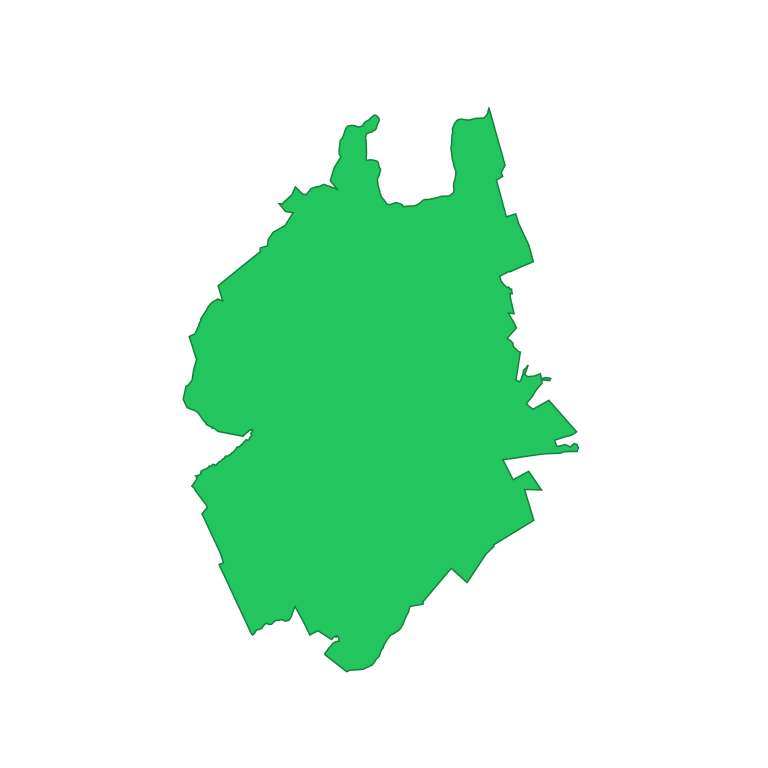 the district of Ixtlahuacán, Colima, Mexico, rotated 223°
{"feature_id": "50627088B68671951504705", "entity_name": "Ixtlahuacán", "entity_type": "district", "adm_level": 2, "iso_a3": "MEX", "parent_name": "Mexico", "parent_adm1": "Colima", "projection": "albers", "projection_center": [-103.676, 18.957], "detail": "fine", "context": "isolated", "style": "filled", "palette": "green", "viewbox_px": 768, "rotation_deg": 223, "n_neighbors": 0, "source": "geoboundaries", "source_scale": "gbopen_adm2", "svg_char_len": 6135}
<svg xmlns="http://www.w3.org/2000/svg" viewBox="0 0 768 768"><g transform="rotate(223 384 384)"><path d="M214.0,151.2L207.1,158.4L204.5,161.5L201.0,170.5L201.3,174.2L202.1,177.3L201.8,179.8L201.8,181.5L202.7,183.6L203.7,185.7L204.5,188.2L204.6,190.2L205.9,192.8L207.6,200.4L207.8,205.2L207.0,206.9L206.5,208.6L205.5,212.9L205.1,216.4L205.9,219.4L206.2,221.5L207.7,224.5L209.4,229.3L210.6,234.1L213.3,239.0L205.3,249.7L205.9,250.5L207.0,251.2L209.1,295.0L187.9,295.4L188.2,298.1L193.4,329.0L192.9,340.3L194.1,341.2L181.5,386.5L209.2,402.7L204.9,406.6L196.5,413.9L218.6,418.8L224.3,402.0L245.5,409.8L240.1,416.1L227.7,431.8L221.2,439.8L218.2,443.2L207.6,453.9L206.2,457.3L196.8,466.3L198.4,469.9L201.8,471.4L204.4,470.1L204.7,465.2L207.3,464.2L208.9,463.8L210.4,463.0L211.8,460.7L214.9,456.2L220.9,459.2L215.0,469.9L212.8,472.9L211.7,475.1L210.5,480.4L252.3,484.5L257.8,467.1L263.1,466.6L266.5,466.8L267.0,475.7L268.4,482.5L268.9,487.8L268.9,492.2L271.3,494.7L265.0,499.6L265.8,501.7L267.4,501.0L267.8,500.7L270.2,498.9L272.6,495.1L272.7,495.3L276.6,498.2L279.5,492.4L283.8,487.4L287.6,487.0L291.2,495.6L291.7,495.2L290.9,492.5L291.5,489.4L289.7,487.0L289.0,485.6L288.5,485.2L288.5,484.4L287.9,482.8L286.7,480.7L286.2,478.0L287.0,478.0L290.0,476.6L305.9,500.1L305.9,500.3L308.0,499.4L310.9,499.5L312.4,499.4L313.7,499.5L315.0,499.8L316.1,500.4L317.8,501.9L321.0,502.0L323.6,501.5L325.1,501.5L325.4,515.4L329.9,517.1L341.4,520.7L336.8,524.1L350.0,533.0L353.5,536.0L351.8,537.5L355.5,540.4L356.0,539.2L358.9,539.9L359.1,539.9L359.6,538.3L363.1,538.5L363.4,538.2L368.3,539.2L370.7,540.3L372.9,541.7L369.3,551.5L369.2,551.6L368.5,551.7L363.9,562.6L358.2,575.3L372.5,584.2L394.7,593.1L403.8,598.2L408.5,589.7L440.9,609.8L438.8,616.9L442.4,618.5L444.7,626.6L494.7,657.0L495.3,657.2L494.0,654.4L492.9,653.0L492.6,651.8L492.2,650.9L492.4,649.4L492.1,647.1L495.4,643.4L496.9,642.2L498.3,640.5L500.1,637.8L501.7,635.1L504.5,632.8L506.2,631.6L507.1,631.2L508.9,629.7L509.5,628.9L509.9,627.8L510.3,627.0L510.4,625.6L510.0,623.5L509.9,622.3L508.7,618.9L507.6,616.9L506.5,615.8L505.0,614.5L503.6,611.9L502.2,610.5L501.4,609.2L498.4,605.8L497.4,604.3L495.6,601.9L487.1,594.9L483.8,592.9L481.7,591.2L478.4,589.7L476.2,588.3L474.7,586.6L472.1,582.8L470.3,579.0L469.1,577.2L466.5,574.7L465.3,574.0L463.8,571.6L463.8,570.1L464.3,566.8L465.4,565.1L466.4,564.1L467.8,562.6L469.4,561.2L471.1,558.4L472.8,555.9L474.5,553.2L477.9,548.5L479.2,547.7L480.1,546.5L480.8,544.9L481.2,540.6L481.8,538.4L482.4,536.7L484.1,533.9L487.8,530.5L490.2,527.5L491.0,526.8L491.5,526.9L492.0,527.4L493.2,527.5L495.5,526.8L496.4,526.2L498.1,525.4L499.5,524.0L501.6,519.8L502.6,518.7L503.8,517.9L505.2,517.4L506.4,517.6L506.7,518.1L509.9,518.7L511.5,518.8L513.1,519.1L514.8,519.7L517.2,521.0L519.0,522.3L524.3,525.6L526.6,527.5L527.9,528.7L528.9,530.1L529.9,533.4L530.7,534.9L531.8,536.7L532.2,537.7L532.6,538.4L533.2,538.8L534.2,539.0L537.3,540.5L538.7,541.7L539.9,542.1L540.5,542.3L541.8,541.9L544.3,540.6L546.7,538.8L547.9,537.4L549.0,535.9L549.4,535.9L550.1,536.2L551.0,536.8L552.3,538.3L552.7,539.0L553.3,539.9L560.1,546.9L561.7,548.4L562.6,549.1L563.2,549.9L563.9,550.3L565.1,551.1L566.9,553.8L567.4,554.8L566.4,557.6L565.0,559.6L564.5,561.7L563.7,564.2L564.0,566.1L565.1,567.3L565.8,569.0L566.5,571.8L567.5,573.7L568.2,574.4L569.4,575.0L570.4,575.1L571.7,575.2L573.5,574.9L574.5,573.8L575.0,571.5L575.2,566.9L575.9,564.9L576.4,563.0L576.5,561.7L576.4,560.7L576.1,559.7L575.8,557.7L577.2,555.4L578.5,554.1L580.1,553.5L580.8,553.4L583.8,551.4L586.5,547.5L586.1,544.5L582.4,536.4L582.0,532.1L579.1,528.4L576.9,525.1L573.5,521.5L570.4,520.7L568.0,508.5L562.0,496.1L551.2,494.5L564.3,488.9L565.9,484.6L567.6,482.7L570.6,477.2L570.0,469.7L572.9,467.3L583.2,467.7L580.4,459.6L581.4,446.2L583.6,444.3L573.6,443.0L567.3,447.4L564.4,432.4L568.5,419.7L567.3,410.9L563.4,405.5L567.3,399.2L564.8,396.1L568.9,367.8L572.3,342.7L560.4,335.7L558.7,334.8L563.6,332.7L565.5,325.7L565.4,322.1L565.2,320.2L564.3,317.3L562.4,306.5L561.3,305.8L560.3,301.8L559.5,300.9L557.6,295.2L556.5,291.7L558.9,285.8L552.1,282.2L537.6,273.9L534.8,268.1L532.1,263.3L527.0,256.0L526.4,249.1L527.3,247.3L520.4,235.9L511.9,232.4L503.3,235.9L499.4,236.0L490.5,234.0L487.9,234.4L487.9,233.9L487.0,233.4L485.5,233.4L480.7,234.9L479.4,234.3L479.1,235.6L477.0,235.9L475.4,235.8L472.7,236.3L451.3,249.7L451.5,252.5L450.5,259.1L450.0,259.3L449.9,260.0L449.4,260.7L449.0,260.7L448.4,260.6L448.2,260.0L447.8,257.7L447.3,256.6L445.9,256.3L445.3,255.8L445.4,254.7L445.8,253.4L445.5,252.6L444.7,252.2L444.6,251.4L445.1,250.2L446.2,249.5L447.0,249.2L446.8,247.2L446.9,245.1L446.7,243.9L447.0,241.3L447.0,239.9L447.5,238.6L448.3,238.0L448.4,236.8L447.9,236.1L447.8,231.1L448.3,229.9L448.4,229.0L448.3,228.5L448.1,227.7L448.8,226.5L448.9,225.9L448.7,225.5L448.8,225.2L449.0,224.8L450.7,223.2L450.8,222.8L450.2,221.1L450.2,220.5L450.4,220.0L450.7,219.6L450.7,216.6L451.5,214.6L451.6,209.5L453.1,209.4L454.4,208.5L454.3,205.6L455.8,205.1L455.7,202.4L458.4,195.6L456.7,193.0L457.3,190.9L459.1,188.2L456.8,187.9L455.9,185.6L454.9,178.2L451.3,178.4L449.2,177.4L430.8,174.1L428.8,172.8L428.9,171.2L428.7,165.0L387.9,148.5L379.5,143.8L381.5,139.5L311.0,111.0L308.8,110.8L308.7,113.9L309.0,114.5L309.2,115.6L309.3,117.3L309.1,117.9L308.3,118.6L307.6,119.8L307.4,120.6L307.0,121.3L306.8,122.0L306.8,122.9L307.1,123.8L307.2,126.4L307.2,127.5L307.0,127.9L307.0,128.4L306.1,129.2L305.0,129.3L304.7,129.4L304.5,129.8L303.5,130.2L302.6,131.3L302.3,132.6L302.3,132.9L302.6,133.6L302.5,134.5L302.1,135.8L302.0,136.9L301.4,137.7L300.4,138.7L299.8,139.5L299.1,140.7L297.9,141.9L296.7,142.7L295.8,142.9L295.0,142.8L293.9,143.9L292.4,146.3L293.0,150.4L294.3,153.0L297.4,160.6L288.6,157.7L281.2,155.3L276.0,153.4L267.0,149.8L266.3,152.2L264.0,158.5L247.9,161.4L248.2,163.4L248.2,164.0L248.0,166.0L247.3,166.1L247.0,165.9L246.4,166.1L246.3,166.3L246.7,167.8L246.3,167.9L243.9,167.5L243.0,166.7L241.5,165.2L242.3,164.4L243.3,163.0L244.0,161.5L244.6,159.3L244.2,156.9L244.2,154.9L244.3,153.1L244.1,152.3L244.0,151.6L243.7,150.0L243.6,147.2L242.8,145.7L215.2,148.1L214.4,149.6L214.0,151.2Z" fill="#22c55e" stroke="#15803d" stroke-width="1.5"/></g></svg>